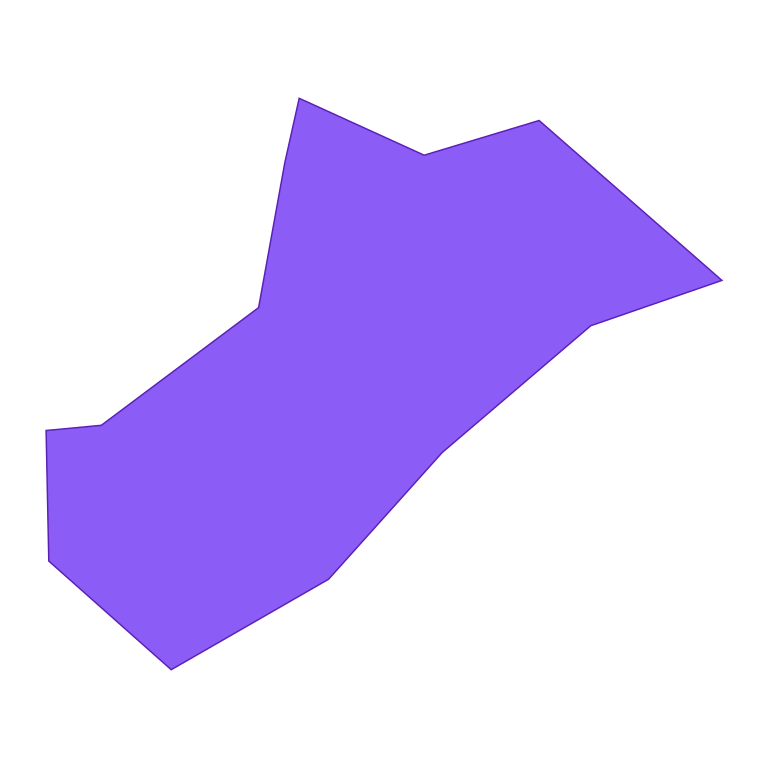 the border of São Lourenço dos Órgãos
{"feature_id": "CPV-5050", "entity_name": "São Lourenço dos Órgãos", "entity_type": "state/province", "adm_level": 1, "iso_a3": "CPV", "parent_name": "Cabo Verde", "parent_adm1": "", "projection": "albers", "projection_center": [-23.579, 15.047], "detail": "fine", "context": "isolated", "style": "filled", "palette": "violet", "viewbox_px": 768, "rotation_deg": 0, "n_neighbors": 0, "source": "natural_earth", "source_scale": "10m", "svg_char_len": 296}
<svg xmlns="http://www.w3.org/2000/svg" viewBox="0 0 768 768"><path d="M46.1,430.5L101.3,425.3L258.6,307.6L284.8,162.8L299.2,98.3L424.1,155.2L539.1,120.5L721.9,280.4L590.8,325.7L442.2,452.5L328.6,579.2L171.2,669.7L48.8,561.1L46.1,430.5Z" fill="#8b5cf6" stroke="#5b21b6" stroke-width="1.5"/></svg>